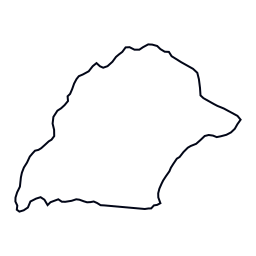 Paiçandu, Paraná, Brazil
{"feature_id": "56859067B32899743877918", "entity_name": "Paiçandu", "entity_type": "district", "adm_level": 2, "iso_a3": "BRA", "parent_name": "Brazil", "parent_adm1": "Paraná", "projection": "equal_earth", "projection_center": [-52.127, -23.462], "detail": "fine", "context": "isolated", "style": "outline", "palette": "ink", "viewbox_px": 256, "rotation_deg": 0, "n_neighbors": 0, "source": "geoboundaries", "source_scale": "gbopen_adm2", "svg_char_len": 1499}
<svg xmlns="http://www.w3.org/2000/svg" viewBox="0 0 256 256"><path d="M144.8,209.0L148.3,208.5L151.2,208.4L153.9,205.4L157.1,204.9L160.4,203.2L158.3,197.4L158.2,193.3L159.4,188.6L161.6,183.6L163.2,180.4L166.0,176.1L169.4,171.3L170.9,167.7L173.3,163.9L176.8,158.7L179.6,157.0L183.5,152.0L187.8,147.7L190.7,146.0L196.2,143.8L200.5,140.0L204.7,136.0L208.7,135.0L213.0,135.6L216.7,137.1L220.7,136.3L226.4,134.8L231.0,132.4L234.8,128.8L237.4,124.2L240.6,119.7L237.5,115.9L223.8,108.5L220.9,107.3L217.4,105.9L213.8,104.0L203.5,98.2L200.5,95.4L200.0,87.9L198.9,79.2L197.3,72.8L193.0,68.8L181.2,62.2L171.6,56.2L168.9,51.9L164.7,51.7L160.4,49.1L157.2,46.0L152.2,44.6L148.2,44.4L143.0,47.2L139.3,49.7L134.5,49.7L129.6,47.2L125.6,47.4L122.3,51.9L119.1,54.3L116.0,56.9L112.4,61.8L107.5,66.2L103.2,67.7L100.0,66.3L96.5,63.1L92.7,66.2L88.7,71.3L82.8,74.5L78.8,76.2L76.5,79.1L74.1,83.6L72.2,89.0L70.1,93.9L67.6,96.3L68.0,101.0L64.6,105.1L61.1,108.3L57.4,110.7L53.4,116.9L52.6,123.6L54.1,129.8L54.2,136.1L51.5,139.7L48.8,141.3L44.9,144.9L41.2,148.2L38.4,149.9L35.0,150.7L32.6,153.3L29.8,156.6L27.0,162.6L23.9,167.5L21.9,172.7L20.9,177.4L19.9,186.7L17.1,192.4L15.5,197.6L15.4,201.5L17.3,205.6L16.8,209.7L19.4,211.6L23.7,210.3L27.9,207.5L30.4,201.5L36.1,198.6L40.6,197.2L44.4,199.7L47.6,205.1L50.5,202.2L58.3,199.3L61.8,201.7L65.3,201.8L71.6,200.8L76.2,199.3L79.4,199.7L83.8,201.3L87.1,202.3L90.5,202.1L93.7,201.5L97.1,203.0L100.6,205.2L104.3,205.4L144.8,209.0Z" fill="none" stroke="#020617" stroke-width="2"/></svg>